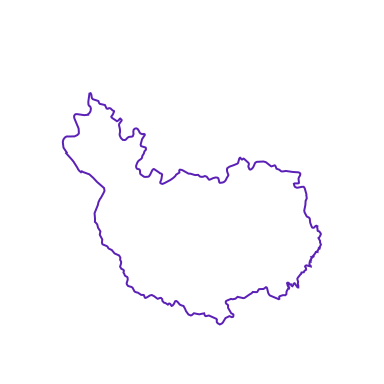 outline of Palestina, Caldas, Colombia, rotated 331°
{"feature_id": "7082276B25073710076057", "entity_name": "Palestina", "entity_type": "district", "adm_level": 2, "iso_a3": "COL", "parent_name": "Colombia", "parent_adm1": "Caldas", "projection": "orthographic", "projection_center": [-75.648, 5.066], "detail": "fine", "context": "isolated", "style": "outline", "palette": "violet", "viewbox_px": 384, "rotation_deg": 331, "n_neighbors": 0, "source": "geoboundaries", "source_scale": "gbopen_adm2", "svg_char_len": 6043}
<svg xmlns="http://www.w3.org/2000/svg" viewBox="0 0 384 384"><g transform="rotate(331 192 192)"><path d="M151.2,56.4L150.0,56.2L145.0,62.9L143.8,65.4L143.8,66.7L144.4,67.9L144.1,69.9L142.7,71.8L142.0,72.4L140.4,73.3L139.0,73.5L138.7,74.1L135.1,72.6L129.0,68.0L127.7,67.5L126.8,67.7L125.8,68.3L125.2,69.4L124.8,70.8L123.6,81.5L122.1,84.7L121.3,86.0L119.4,86.6L116.2,86.4L109.1,82.6L107.4,82.7L105.4,83.5L104.4,84.3L103.2,85.7L101.1,90.9L101.6,96.8L100.7,97.0L102.6,105.2L103.1,108.1L103.5,115.2L103.4,116.9L103.7,118.8L104.5,120.9L105.7,120.5L106.3,121.6L110.8,126.8L112.5,131.8L113.8,137.1L117.0,145.9L116.1,148.5L114.0,150.1L109.4,153.0L108.1,153.5L105.2,155.6L103.4,157.7L96.5,163.3L94.1,168.6L92.6,171.1L93.0,172.2L93.4,174.4L92.5,177.7L92.8,182.0L90.6,184.7L90.5,190.0L88.7,192.6L88.4,193.7L88.5,194.5L89.0,195.2L91.2,197.9L91.6,198.9L91.6,200.7L92.0,201.5L93.7,203.8L94.5,208.2L97.5,212.2L97.5,214.7L96.3,216.4L96.2,218.6L95.4,220.0L92.9,222.5L93.0,225.0L94.0,226.3L94.4,227.5L93.9,228.3L93.0,229.2L93.1,230.7L92.8,232.3L92.9,232.9L94.1,234.9L94.1,235.8L93.3,237.5L90.7,240.0L90.3,240.9L90.3,241.9L90.6,243.3L93.0,245.7L93.6,246.9L93.5,250.8L93.8,251.7L94.7,252.8L95.8,253.7L97.7,257.4L99.7,258.5L99.9,258.8L99.6,261.2L99.8,262.0L101.1,262.3L105.1,262.1L106.9,262.6L108.3,264.7L110.0,268.5L110.3,268.8L112.9,269.2L113.6,269.8L114.0,271.3L113.3,272.8L113.8,275.1L115.1,276.5L116.3,278.8L117.7,278.4L118.2,278.6L118.7,279.4L118.9,281.7L119.8,281.9L121.0,281.5L122.1,281.0L124.1,279.5L124.6,279.4L125.6,279.9L126.2,281.6L126.7,284.5L128.1,286.4L129.3,287.5L129.3,291.0L129.0,293.1L129.5,297.4L131.1,299.4L132.1,299.6L134.9,299.0L139.0,302.5L143.8,304.0L143.4,305.7L143.5,306.8L143.9,307.3L146.9,308.2L151.8,314.7L151.9,315.7L151.0,316.9L150.6,318.1L151.0,319.5L152.1,321.3L154.2,321.5L155.5,321.2L160.2,318.5L164.5,318.7L166.2,320.8L167.2,321.1L167.8,320.8L168.7,319.6L168.7,318.8L167.5,317.1L167.4,310.7L168.5,308.9L168.6,308.1L167.8,306.2L167.8,305.4L168.2,304.5L169.0,303.9L169.8,303.9L174.3,304.4L175.5,305.5L178.3,306.4L181.0,305.8L185.4,309.7L186.6,310.1L192.8,309.5L194.9,309.5L196.7,308.9L199.9,310.9L200.7,311.0L202.5,309.9L203.6,309.5L207.6,311.5L210.5,311.1L211.0,311.7L211.0,312.6L209.7,317.3L209.7,319.1L210.0,320.3L215.9,327.8L216.6,327.8L217.4,326.0L218.1,325.7L220.6,326.1L221.7,326.4L223.5,327.5L224.9,327.2L226.5,324.8L229.4,323.0L230.0,323.5L230.5,323.0L230.7,322.6L230.3,321.3L230.8,321.1L230.9,320.7L230.4,319.9L230.6,319.6L231.7,319.4L231.8,319.0L230.8,318.1L231.0,317.8L231.4,317.6L232.1,317.9L232.6,318.8L232.4,319.7L232.7,320.1L233.8,320.7L233.5,322.0L234.2,323.1L235.3,322.5L236.2,321.6L237.2,321.4L237.5,321.5L238.0,326.1L238.2,326.7L238.7,327.0L239.6,325.4L240.1,323.4L241.3,322.0L241.7,319.9L242.1,318.9L243.0,318.3L247.0,316.6L247.6,316.6L248.7,315.5L250.8,316.4L252.3,315.4L253.8,315.4L254.3,315.0L254.8,313.7L254.7,312.1L255.5,311.5L256.5,311.6L259.8,314.7L260.0,314.0L259.3,313.1L260.0,311.6L261.2,310.1L261.7,310.1L262.0,310.4L262.3,309.7L262.2,309.2L263.0,308.8L262.9,309.2L263.2,309.2L263.4,308.4L264.8,307.8L264.8,306.8L265.3,307.0L266.0,306.8L266.4,307.4L267.1,307.4L267.3,307.1L266.8,306.7L269.7,305.5L271.2,304.5L271.8,304.9L272.4,304.6L272.8,305.2L273.3,304.5L274.7,303.4L275.8,303.4L275.6,302.7L275.8,302.4L276.9,302.5L277.1,301.9L278.5,301.1L279.3,300.4L279.5,298.4L280.3,296.8L280.3,293.6L281.1,293.5L283.2,292.2L284.2,291.4L284.5,290.7L284.2,288.2L283.2,287.1L283.1,286.6L283.9,285.2L284.2,283.7L285.1,282.8L284.3,281.7L283.3,281.7L281.6,282.3L280.5,282.0L279.9,281.3L279.9,280.0L280.5,276.1L282.1,272.3L281.9,271.1L280.5,269.0L280.6,264.4L281.2,262.6L284.8,258.4L287.1,254.8L289.2,253.3L290.1,251.3L290.3,250.4L290.9,249.7L292.4,243.4L292.2,241.6L291.0,240.9L286.3,239.4L285.5,238.8L284.6,237.5L284.5,236.7L284.7,235.5L285.1,234.2L285.9,234.2L288.9,235.9L289.7,236.0L290.1,235.6L291.6,232.0L292.8,230.9L294.4,230.0L295.3,229.0L295.6,228.5L295.4,227.4L294.6,226.4L289.8,223.3L284.3,219.1L281.8,218.2L280.6,217.6L279.9,216.9L279.2,214.9L277.2,212.6L277.6,209.8L277.3,208.8L273.9,208.1L273.5,207.6L271.1,201.8L269.3,200.0L263.4,197.1L261.9,197.0L261.1,197.3L258.0,199.7L256.2,200.6L254.5,200.8L253.7,200.6L253.3,200.0L253.5,197.4L254.0,196.5L254.9,195.7L255.5,194.7L255.5,193.8L253.5,188.0L253.1,187.7L251.5,187.9L251.1,187.3L250.9,185.5L250.4,185.3L249.5,185.7L246.5,188.8L245.6,189.2L241.8,188.8L237.0,188.0L234.4,188.3L233.8,188.8L233.0,190.2L232.5,191.8L232.1,194.7L231.8,195.1L229.2,196.6L226.9,198.2L225.1,198.7L223.5,198.6L221.2,197.7L220.7,197.3L220.6,196.8L221.6,193.2L221.5,192.3L221.0,191.6L219.6,190.7L217.1,190.1L213.4,189.8L212.8,189.3L212.3,185.9L211.7,185.0L211.0,184.3L208.9,184.0L207.4,183.2L206.4,182.2L205.7,180.0L202.9,178.7L199.5,175.2L197.9,174.3L194.4,168.6L193.7,167.7L192.3,166.6L191.7,166.7L191.2,167.1L190.4,168.9L186.6,169.1L185.0,170.0L182.6,170.6L178.9,171.0L173.0,170.9L170.3,170.7L169.3,169.9L168.7,168.9L168.9,168.1L171.4,166.0L174.3,162.3L174.3,161.7L173.9,160.9L173.0,160.0L172.8,159.2L170.1,153.9L169.8,153.4L169.1,153.3L167.8,153.7L163.7,156.6L162.0,157.4L161.1,157.4L158.3,156.1L157.3,155.2L155.6,151.5L155.7,150.5L156.8,148.2L157.0,147.0L156.7,146.4L155.2,145.1L155.1,143.9L155.3,142.9L155.9,141.9L158.5,139.7L160.3,138.8L164.0,138.3L165.0,137.7L166.1,136.3L168.4,135.1L170.1,133.4L171.9,132.8L172.4,132.4L173.0,131.1L172.9,130.5L169.8,127.3L170.0,125.7L173.9,121.6L178.3,119.3L178.6,118.6L178.1,117.9L176.5,117.3L175.3,115.8L175.0,114.4L175.2,113.3L175.0,110.5L174.3,109.5L173.2,109.0L172.4,108.9L171.0,109.4L169.9,110.8L168.9,113.1L167.2,114.5L166.5,114.5L163.7,113.3L163.1,113.2L161.6,113.4L159.5,114.1L158.4,114.0L156.7,112.8L156.0,110.2L156.2,107.6L156.8,106.2L158.2,104.6L159.4,102.2L160.6,98.1L161.4,97.1L165.1,95.4L165.4,94.7L164.9,93.0L164.4,92.9L162.5,93.7L160.7,93.7L158.2,88.8L157.8,87.7L158.0,86.9L160.2,85.9L162.8,83.9L163.0,83.4L162.1,82.1L161.3,79.5L160.8,78.9L159.9,78.4L158.7,78.4L157.8,77.6L158.0,73.7L154.1,70.2L153.9,69.3L154.2,67.0L150.2,62.7L150.0,61.1L151.2,57.9L151.2,56.4Z" fill="none" stroke="#5b21b6" stroke-width="2"/></g></svg>